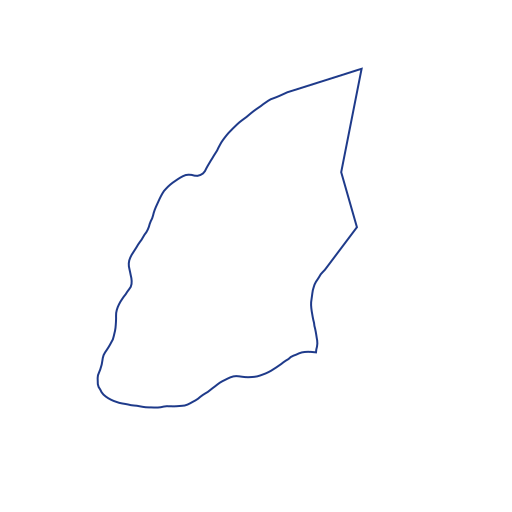 outline of Sanagasta, La Rioja, Argentina, rotated 46°
{"feature_id": "61730980B91158656720381", "entity_name": "Sanagasta", "entity_type": "district", "adm_level": 2, "iso_a3": "ARG", "parent_name": "Argentina", "parent_adm1": "La Rioja", "projection": "orthographic", "projection_center": [-67.067, -29.141], "detail": "fine", "context": "isolated", "style": "outline", "palette": "blue", "viewbox_px": 512, "rotation_deg": 46, "n_neighbors": 0, "source": "geoboundaries", "source_scale": "gbopen_adm2", "svg_char_len": 3042}
<svg xmlns="http://www.w3.org/2000/svg" viewBox="0 0 512 512"><g transform="rotate(46 256 256)"><path d="M367.0,279.8L365.1,277.5L363.5,275.0L361.6,272.7L359.3,270.7L356.8,269.0L354.4,267.3L351.9,265.6L349.4,264.0L346.8,262.5L344.4,260.7L341.8,259.2L339.3,257.6L336.8,255.9L334.3,254.2L331.9,252.4L329.6,250.5L327.5,248.4L325.6,246.0L323.8,243.7L321.9,241.3L320.1,238.9L318.6,236.3L317.2,233.7L316.2,230.8L315.6,227.9L314.9,225.0L314.1,222.1L313.9,219.1L313.8,216.1L305.4,163.4L254.9,136.5L194.7,50.0L192.9,53.5L174.6,90.4L160.0,119.7L159.0,122.6L158.0,125.4L157.0,128.2L155.9,131.0L154.7,133.8L153.5,136.5L152.8,139.4L152.3,142.4L151.8,145.4L151.5,148.4L151.0,151.3L150.5,154.3L150.1,157.3L149.8,160.3L149.6,163.3L149.4,166.3L149.0,169.2L148.6,172.2L148.3,175.2L148.2,178.2L148.2,181.2L148.2,184.2L148.3,187.2L148.4,190.2L148.7,193.2L149.1,196.2L149.6,199.2L150.2,202.1L151.1,205.0L152.0,207.8L153.1,210.7L153.8,213.6L154.5,216.5L155.3,219.4L156.0,222.3L156.8,225.2L157.6,228.1L158.5,231.0L159.5,233.8L159.8,236.8L159.1,239.7L157.7,242.4L155.5,244.4L152.9,246.0L150.7,248.0L148.9,250.4L147.8,253.2L147.0,256.1L146.4,259.0L145.9,262.0L145.4,265.0L145.1,268.0L145.0,271.0L145.1,274.0L145.3,277.0L146.0,279.9L146.9,282.8L147.9,285.6L149.0,288.4L150.1,291.2L151.2,294.0L152.4,296.7L153.8,299.4L155.4,302.0L156.8,304.6L157.8,307.4L159.1,310.2L160.6,312.8L161.8,315.5L162.7,318.3L163.2,321.3L164.0,324.2L164.8,327.1L165.3,330.1L165.9,333.0L166.7,335.9L167.4,338.8L168.1,341.8L168.8,344.7L169.8,347.5L171.1,350.2L172.9,352.6L175.1,354.6L177.6,356.2L180.2,357.8L182.7,359.4L185.3,361.0L187.6,362.8L189.7,365.0L191.2,367.6L191.8,370.5L192.3,373.5L193.0,376.4L193.4,379.4L194.0,382.3L194.7,385.3L195.6,388.1L196.7,390.9L198.1,393.6L199.8,396.1L201.8,398.2L204.0,400.3L206.1,402.5L208.1,404.7L210.1,407.0L211.9,409.4L213.5,411.9L215.1,414.4L216.6,417.0L217.5,419.9L218.4,422.7L219.2,425.6L219.9,428.6L220.5,431.5L221.4,434.4L222.9,437.0L224.7,439.4L226.9,442.4L229.5,447.0L230.7,449.7L232.0,452.5L233.8,454.7L236.1,456.8L238.3,458.8L240.9,460.2L243.8,460.8L246.7,461.7L249.7,462.0L252.7,461.7L255.6,461.1L258.5,460.2L261.3,459.1L263.9,457.8L266.6,456.4L269.1,454.7L271.5,452.9L273.9,451.2L276.4,449.6L278.7,447.7L281.0,445.7L283.4,444.0L285.9,442.2L288.2,440.4L290.4,438.3L292.5,436.2L294.7,434.1L296.8,431.9L298.6,429.6L300.2,427.0L302.0,424.6L304.1,422.5L306.2,420.4L308.3,418.2L310.2,415.9L312.1,413.6L314.0,411.2L315.3,408.5L316.2,405.7L317.0,402.7L317.8,399.9L318.4,396.9L318.6,393.9L319.0,390.9L319.6,388.0L320.3,385.1L320.6,382.1L320.9,379.1L321.3,376.1L321.6,373.1L322.0,370.1L322.7,367.2L323.6,364.4L324.5,361.5L325.5,358.7L326.9,355.9L328.7,353.6L331.0,351.6L333.3,349.8L335.6,347.9L337.8,345.8L339.8,343.5L341.7,341.2L343.4,338.8L344.8,336.1L346.0,333.4L347.2,330.6L348.2,327.7L349.0,324.9L349.6,321.9L350.2,319.0L350.7,316.0L351.2,313.0L351.5,310.1L352.0,307.1L352.7,304.2L352.8,301.2L353.7,298.3L354.9,295.6L355.9,292.7L357.2,290.0L358.9,287.6L360.9,285.3L363.0,283.2L367.0,279.8Z" fill="none" stroke="#1e3a8a" stroke-width="2"/></g></svg>